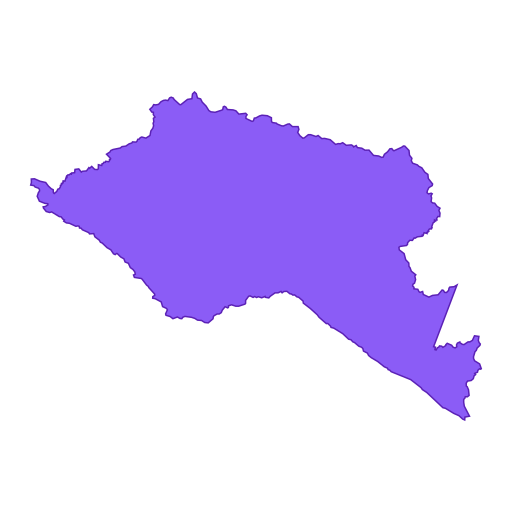 San Roque, Antioquia, Colombia (Albers equal-area conic projection)
{"feature_id": "7082276B69506367450690", "entity_name": "San Roque", "entity_type": "district", "adm_level": 2, "iso_a3": "COL", "parent_name": "Colombia", "parent_adm1": "Antioquia", "projection": "albers", "projection_center": [-74.951, 6.431], "detail": "fine", "context": "isolated", "style": "filled", "palette": "violet", "viewbox_px": 512, "rotation_deg": 0, "n_neighbors": 0, "source": "geoboundaries", "source_scale": "gbopen_adm2", "svg_char_len": 6027}
<svg xmlns="http://www.w3.org/2000/svg" viewBox="0 0 512 512"><path d="M410.7,379.6L421.0,387.6L422.4,389.6L426.8,392.5L442.9,407.7L445.4,408.3L453.8,413.4L459.0,415.7L462.7,419.1L464.7,420.0L464.9,417.1L469.5,416.2L464.3,406.2L463.7,402.4L463.7,399.4L464.8,398.3L465.3,396.7L467.4,396.8L469.1,395.4L468.5,389.8L467.2,386.7L466.3,386.1L466.2,383.2L467.5,381.1L471.2,380.5L473.3,378.7L474.1,375.8L475.6,374.6L474.7,373.4L477.5,372.2L477.8,370.4L479.5,368.8L480.7,369.2L481.3,368.7L479.6,363.9L474.6,360.8L473.6,358.6L473.5,356.8L475.0,351.7L476.3,350.4L477.1,348.1L479.9,345.4L480.3,344.0L479.1,342.6L478.3,340.4L478.9,336.4L474.5,335.8L472.4,340.4L469.8,341.9L468.0,341.9L464.0,344.6L462.3,344.3L459.9,342.7L459.8,342.0L457.4,343.1L456.5,344.9L456.8,346.8L455.1,347.9L453.1,347.2L451.6,345.2L447.2,343.3L445.8,344.7L445.8,345.5L442.9,347.4L441.7,346.2L439.5,345.9L438.7,347.2L437.5,347.7L436.1,350.0L434.9,349.6L435.5,347.2L433.6,346.7L457.0,285.0L454.1,286.7L449.8,287.1L449.0,288.2L448.6,290.4L446.5,292.5L444.6,292.4L443.4,290.4L442.1,290.0L438.1,294.8L432.5,295.4L428.9,297.1L423.3,294.5L422.6,291.5L420.0,292.4L419.0,291.7L417.8,289.3L413.9,288.8L414.0,287.3L412.6,285.9L413.0,284.2L414.5,283.2L415.6,279.6L414.8,276.1L415.8,274.8L411.3,271.2L410.0,267.6L409.0,266.5L408.8,263.0L405.7,259.7L404.1,253.6L399.3,249.9L398.9,247.3L400.2,246.4L406.5,245.5L407.5,244.4L407.6,242.7L409.8,240.3L412.4,240.4L414.2,237.9L415.1,238.2L417.4,236.8L422.1,236.3L422.3,235.2L423.1,235.5L424.1,232.7L427.0,233.5L426.8,232.5L427.8,232.4L427.9,231.2L428.8,231.2L428.6,230.1L429.4,229.0L431.4,228.9L431.5,227.8L432.1,227.7L431.8,226.4L433.2,222.7L434.4,222.0L434.5,220.1L435.7,221.0L436.0,220.1L437.0,219.9L436.5,218.7L437.9,216.5L439.7,216.6L440.0,213.1L438.9,210.4L440.0,208.2L437.1,206.4L434.7,203.2L432.5,202.9L431.1,201.6L431.6,197.9L431.0,195.9L432.2,193.8L431.2,193.2L428.5,193.9L427.0,192.7L427.4,190.6L428.9,187.6L432.2,185.6L432.6,184.0L428.3,178.5L427.9,174.4L424.9,172.3L421.8,167.8L418.8,166.3L417.4,164.9L412.6,163.2L411.3,160.7L411.9,158.3L409.5,155.2L409.0,150.5L404.8,146.1L403.4,146.0L401.6,147.3L394.1,150.7L393.4,150.6L391.8,148.6L389.9,148.8L387.6,151.8L384.4,154.3L383.2,157.1L381.6,157.4L378.7,156.0L373.5,155.4L369.0,150.1L365.0,150.2L361.8,148.2L357.4,147.6L356.2,145.5L353.6,146.9L352.7,145.6L351.3,144.9L346.3,145.3L342.7,142.7L340.2,143.8L338.2,143.6L335.6,144.4L330.2,139.7L324.6,138.4L321.8,138.6L318.1,135.5L316.0,136.5L310.7,134.7L308.3,134.7L304.4,137.8L302.9,138.2L299.8,135.6L297.7,132.4L298.9,129.4L298.1,126.6L292.4,126.6L289.4,123.9L287.7,124.1L283.4,126.0L281.6,125.8L277.1,124.0L276.5,123.2L272.3,122.5L271.5,121.4L271.4,117.7L267.3,115.7L262.0,115.2L259.6,115.9L255.9,117.9L254.3,118.1L253.4,120.8L252.1,121.4L246.0,118.5L245.9,116.4L247.1,114.8L245.7,113.3L238.9,114.1L235.9,110.8L233.1,109.9L227.4,109.5L225.9,107.1L224.4,106.3L223.3,106.8L222.7,109.6L221.6,110.2L215.1,112.3L210.8,111.8L208.8,110.5L206.1,106.1L202.2,102.1L200.6,98.9L197.5,98.0L196.3,93.7L194.5,92.0L192.5,94.0L191.9,98.7L187.5,99.4L180.8,104.7L179.7,104.6L174.0,99.4L173.4,98.1L171.2,97.2L169.6,97.9L167.9,100.6L165.6,100.1L163.5,100.4L161.0,101.7L158.5,104.4L155.6,104.9L153.7,104.6L152.4,106.9L149.8,109.3L151.8,112.1L153.4,112.3L153.3,114.6L155.0,117.1L153.4,118.3L153.8,121.8L153.1,123.2L153.6,125.8L152.8,128.3L150.9,130.9L150.0,135.5L145.9,138.1L141.8,137.0L140.2,137.7L139.2,139.1L137.8,139.3L136.9,141.4L136.0,142.1L132.5,141.9L131.8,143.0L129.2,143.8L125.8,146.1L122.0,146.6L120.3,148.0L113.0,149.5L110.8,150.5L109.9,152.0L106.5,154.2L110.6,158.5L110.4,159.3L109.5,159.5L109.7,160.3L108.8,161.7L105.7,161.3L105.3,162.3L103.9,162.3L103.2,163.5L102.1,163.7L101.7,165.5L98.4,164.7L98.3,168.8L97.3,169.6L94.7,169.4L91.7,166.4L89.6,168.3L88.9,167.6L86.5,170.9L82.4,171.3L81.3,172.1L78.8,168.9L75.0,169.4L74.6,172.7L71.6,173.0L71.4,174.1L70.5,173.7L69.3,174.8L67.9,174.9L67.0,175.8L66.9,177.7L66.4,177.9L66.2,177.3L64.9,181.2L63.7,180.9L63.4,181.6L63.0,181.4L63.1,182.8L62.3,183.0L62.2,183.7L61.4,183.6L61.3,185.0L60.4,185.4L60.5,186.7L59.2,188.8L57.9,189.1L56.7,191.5L54.2,193.5L53.4,192.7L53.2,189.7L51.3,188.8L48.4,186.1L45.7,182.5L40.0,181.2L34.5,178.8L31.3,179.0L31.4,182.5L30.7,185.1L33.9,185.6L35.1,187.0L38.5,188.2L39.4,189.3L39.6,190.9L38.4,192.6L37.2,196.3L39.4,201.2L45.0,203.4L47.8,203.7L47.9,204.9L45.3,206.5L43.2,206.8L43.4,208.0L46.2,211.5L49.7,212.5L51.6,211.9L59.3,216.6L61.1,216.8L62.9,219.1L64.4,220.0L63.7,221.2L66.4,222.9L69.5,223.3L75.9,226.3L77.8,225.9L79.2,226.3L79.5,228.0L81.1,228.2L82.4,229.8L88.7,232.6L89.5,233.9L93.7,233.6L94.9,236.8L99.3,240.2L100.4,242.2L102.3,243.1L107.1,247.7L110.8,249.8L113.5,253.8L115.2,254.6L116.5,253.5L117.3,253.6L120.7,257.0L123.9,258.8L125.1,262.0L128.4,263.3L130.3,267.6L133.0,269.5L134.8,271.9L135.3,274.2L133.5,275.0L134.4,277.4L141.3,278.5L142.2,279.3L146.6,285.1L148.3,286.4L148.8,287.6L154.6,294.0L154.7,295.4L152.8,296.6L152.7,298.2L155.2,298.7L161.2,301.9L162.6,306.6L166.5,308.4L167.4,309.8L165.6,313.9L166.0,315.3L170.1,316.5L172.9,318.7L177.4,317.0L180.1,318.5L181.8,318.7L182.9,317.2L184.9,316.4L191.5,317.3L194.8,318.4L197.5,320.1L201.6,320.5L204.7,322.5L208.2,322.9L213.0,318.8L213.4,316.5L214.1,315.7L217.1,314.0L219.2,314.0L221.3,312.6L222.2,310.3L225.1,306.7L227.7,307.9L228.4,307.4L228.5,305.8L231.5,304.8L235.8,306.2L238.7,306.2L245.0,304.1L245.6,303.3L245.6,300.4L248.6,296.3L250.1,295.9L253.1,297.4L254.7,296.5L256.6,297.5L258.3,296.7L261.7,297.8L265.1,296.4L265.4,297.3L268.8,297.9L270.2,296.3L275.0,292.9L278.2,292.8L281.0,291.4L282.1,292.8L283.8,291.5L286.9,291.3L289.9,293.8L291.4,294.0L292.9,295.1L294.6,294.9L296.8,296.8L298.7,297.3L303.1,301.1L303.3,303.1L310.2,308.4L317.3,314.8L319.0,317.2L326.3,323.6L327.8,323.5L330.5,326.1L331.0,327.4L333.7,328.1L342.8,333.7L348.6,339.2L350.9,339.7L352.9,341.9L354.5,342.5L358.8,346.2L361.5,347.2L362.8,348.4L363.5,351.1L367.4,353.1L368.6,355.5L371.3,357.7L377.7,361.5L384.3,366.8L387.5,368.2L388.1,369.6L389.8,370.2L391.2,371.7L410.7,379.6Z" fill="#8b5cf6" stroke="#5b21b6" stroke-width="1.5"/></svg>